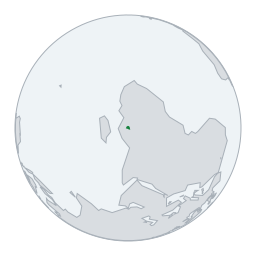 the Earth from above Mangochi, rotated 153°
{"feature_id": "MWI-1910", "entity_name": "Mangochi", "entity_type": "District", "adm_level": 1, "iso_a3": "MWI", "parent_name": "Malawi", "parent_adm1": "", "projection": "orthographic", "projection_center": [35.307, -14.139], "detail": "fine", "context": "on_globe", "style": "filled", "palette": "green", "viewbox_px": 256, "rotation_deg": 153, "n_neighbors": 0, "source": "natural_earth", "source_scale": "10m", "svg_char_len": 5721}
<svg xmlns="http://www.w3.org/2000/svg" viewBox="0 0 256 256"><g transform="rotate(153 128 128)"><circle cx="128" cy="128" r="113" fill="#eef3f6" stroke="#a8b0b8"/><path d="M15.8,118.2L15.9,118.4L15.8,122.4L15.6,125.7L16.0,125.5L16.0,127.4L19.2,126.5L22.3,129.3L23.2,136.0L22.5,145.3L26.5,162.7L26.6,170.9L29.7,178.0L35.1,189.4L34.7,190.4L38.0,194.4L40.4,198.0L41.0,199.3L43.9,202.6L44.5,203.5L46.0,205.0L51.0,210.2L54.3,212.9L59.0,216.9L61.1,218.4L61.4,218.7L62.7,219.7L64.2,220.7L63.5,220.4L57.2,215.6L51.3,210.5L45.7,204.9L40.5,199.0L35.8,192.7L31.5,186.1L27.7,179.2L24.3,172.1L21.5,164.7L19.2,157.2L17.4,149.5L16.2,141.7L15.5,133.9L15.4,126.0L15.8,118.2ZM64.1,220.8L64.6,221.0L61.7,218.8L64.0,220.0L66.1,221.8L64.2,220.8L64.1,220.8ZM58.9,215.8L57.4,214.2L58.1,214.5L59.2,215.7L58.9,215.8ZM147.3,17.0L148.9,17.3L149.4,17.4L153.7,18.5L154.6,19.0L155.5,19.2L155.3,18.9L150.0,17.5L149.5,17.4L151.1,17.7L151.9,17.9L151.2,17.8L159.5,19.8L167.6,22.5L175.4,25.8L183.0,29.7L190.2,34.1L197.2,39.1L203.7,44.6L209.8,50.5L215.4,56.9L220.5,63.7L225.1,70.9L229.1,78.4L230.5,81.6L229.5,81.7L230.1,83.4L228.2,80.2L228.0,82.5L233.3,95.3L234.0,98.4L232.6,102.3L232.1,99.8L227.1,91.3L227.9,98.5L231.7,107.1L233.1,115.6L230.8,111.6L229.3,104.1L227.5,100.8L226.8,94.3L223.0,83.8L220.7,84.2L219.7,80.4L214.2,71.6L210.2,72.1L204.6,79.4L205.7,89.1L203.0,92.7L195.0,77.1L191.6,67.8L188.6,68.1L180.5,59.8L166.2,57.6L164.2,55.3L161.5,56.1L155.8,53.6L152.9,50.1L149.4,50.2L157.2,59.4L161.0,59.6L164.2,56.4L165.7,59.8L171.2,63.4L164.7,70.9L143.6,77.5L141.8,70.3L126.8,52.3L127.4,50.5L127.3,50.3L127.2,49.9L125.6,52.9L123.1,49.8L130.8,61.6L132.1,67.1L143.3,78.0L142.2,79.1L145.9,81.5L158.0,79.3L158.0,81.8L152.2,93.2L135.6,109.5L138.0,121.5L137.0,131.9L127.0,139.1L128.3,147.5L123.2,150.7L123.1,155.6L119.2,161.0L112.5,166.5L100.9,167.5L99.8,162.9L93.5,154.7L84.7,135.2L87.3,125.8L86.1,119.0L77.7,105.5L79.6,97.3L77.4,94.4L72.8,96.0L70.4,92.6L67.6,93.1L51.0,99.7L46.2,96.3L41.1,84.2L44.3,77.8L45.3,71.7L67.7,47.4L72.0,47.2L89.0,42.0L91.1,42.3L88.5,46.5L100.8,50.1L105.5,46.3L117.2,48.5L125.4,48.2L129.3,40.7L115.9,40.9L114.2,37.6L125.4,34.5L137.2,35.1L136.9,33.9L129.9,31.1L133.1,29.1L127.5,30.0L129.4,31.2L126.0,32.0L124.1,31.0L125.3,30.2L121.8,29.8L117.0,34.0L118.4,35.6L109.1,36.9L110.6,39.9L107.9,41.6L104.4,37.2L105.2,35.5L98.3,32.0L96.8,33.8L103.1,37.4L100.9,37.3L98.8,40.3L98.7,37.9L92.2,34.0L84.1,36.4L73.1,45.2L68.6,47.0L65.2,46.7L70.1,39.2L79.6,36.2L81.5,34.0L80.3,32.0L83.3,31.5L84.0,30.5L87.7,29.5L93.6,26.4L97.4,25.6L100.5,22.9L102.8,22.3L100.4,24.0L100.7,24.9L110.3,23.7L112.4,23.1L113.6,21.6L116.1,21.7L116.0,20.4L121.9,19.7L114.7,19.7L115.9,18.5L119.8,17.5L118.9,17.2L112.5,18.9L111.1,19.6L112.0,20.2L107.1,22.9L103.6,23.7L103.9,21.2L99.0,22.3L101.3,20.4L117.2,16.4L123.5,15.8L132.3,16.6L130.5,17.0L126.3,16.8L129.5,17.8L129.5,17.3L131.6,17.6L133.3,16.9L134.9,17.1L133.8,16.4L135.9,16.5L136.5,17.0L140.8,16.7L145.4,17.3L145.6,17.2L144.5,16.9L151.0,18.1L150.9,18.0L148.7,17.5L147.1,17.1L146.7,16.9L147.3,17.0ZM59.5,58.0L58.7,59.7L58.7,59.8L59.5,58.0ZM149.4,40.2L156.6,41.2L153.8,36.7L156.3,36.8L154.4,35.4L153.5,36.4L148.9,32.7L152.2,32.0L151.5,30.4L149.0,30.0L143.8,32.1L150.4,37.1L148.6,38.7L149.4,40.2ZM84.2,26.9L85.2,27.0L83.4,28.2L78.5,30.2L81.1,28.3L84.2,26.9ZM87.0,26.9L88.6,24.5L91.7,23.5L89.7,24.4L91.5,24.0L88.8,25.4L90.2,27.2L88.8,28.5L80.6,30.8L84.1,29.2L82.9,29.1L87.0,26.9ZM90.4,21.8L93.6,20.8L92.3,21.3L87.4,23.0L86.0,23.5L87.1,23.0L87.3,23.0L90.4,21.8ZM93.8,40.6L95.4,40.5L98.0,40.1L96.8,42.1L93.8,40.6ZM89.2,37.9L90.7,37.4L90.2,39.8L88.5,40.0L89.2,37.9ZM92.0,35.4L90.8,37.3L90.5,36.4L92.0,35.4ZM101.8,23.6L103.5,23.2L103.5,23.5L102.4,24.2L101.8,23.6ZM126.8,42.0L124.2,43.4L123.1,42.7L124.2,42.3L126.8,42.0ZM109.6,42.4L113.3,43.1L109.2,42.9L109.6,42.4ZM169.2,194.8L169.8,196.7L168.1,196.6L169.2,194.8ZM156.4,131.1L148.9,149.6L143.5,149.5L142.4,143.8L145.2,132.4L151.4,129.5L154.4,124.7L156.4,131.1ZM238.4,143.1L238.6,144.8L238.5,145.2L238.4,143.1ZM238.3,140.2L238.7,141.6L238.0,141.1L238.3,140.2ZM238.8,142.2L239.2,142.5L239.4,142.2L239.2,143.2L238.8,142.2ZM237.9,139.4L234.7,134.8L233.1,131.7L233.8,130.2L236.3,133.4L237.9,139.4ZM233.6,130.0L230.9,122.2L225.1,103.9L227.2,105.2L232.8,117.7L232.5,119.1L234.2,124.8L233.6,130.0ZM239.3,126.7L238.9,131.3L237.4,128.3L236.6,126.4L236.1,119.5L236.4,116.8L237.2,117.8L238.7,110.9L239.5,114.8L239.4,118.0L239.9,123.3L239.3,126.7ZM206.3,90.1L209.0,96.8L207.3,97.3L206.3,90.1ZM238.2,105.3L238.3,108.3L237.9,103.7L238.2,105.3ZM237.3,100.7L237.8,103.0L237.1,100.2L237.3,100.7ZM231.1,86.3L230.3,85.9L229.8,84.3L230.4,84.0L231.1,86.3ZM140.3,16.0L140.0,16.0L139.7,16.1L142.1,16.5L137.7,15.9L138.1,15.8L140.3,16.0ZM220.7,192.0L221.7,190.5L223.5,187.5L219.5,187.9L219.7,185.3L222.0,182.4L226.9,171.0L227.1,171.7L230.0,164.7L233.7,162.8L237.2,155.0L236.6,157.8L233.7,166.9L230.1,175.6L225.7,184.0L220.7,192.0ZM238.8,146.5L239.4,144.3L239.4,144.9L238.8,146.5ZM240.4,134.6L240.5,134.4L240.4,134.6ZM240.6,125.3L240.2,125.1L240.3,128.6L240.6,128.2L240.3,129.8L240.2,135.9L240.0,137.4L240.2,130.9L239.7,136.2L239.5,135.4L239.8,130.2L240.1,125.1L240.3,123.4L240.6,125.1L240.6,125.3ZM239.6,112.4L239.6,112.7L239.4,111.5L239.6,112.4ZM238.9,108.1L238.8,107.7L238.9,108.1ZM238.5,105.9L238.6,106.6L238.0,103.9L238.1,104.3L238.5,105.9ZM237.4,101.1L237.0,99.7L235.0,92.7L237.4,101.1Z" fill="#d9dde1" stroke="#a8b0b8" stroke-width="1"/><path d="M127.2,126.8L127.4,127.0L127.6,127.1L127.7,127.3L127.9,127.6L128.1,127.8L128.3,128.0L128.6,128.5L128.8,128.7L128.8,128.8L128.7,128.9L128.4,129.0L128.5,129.0L128.4,129.1L128.2,129.2L127.9,129.1L127.4,129.2L127.0,128.8L127.0,128.7L126.9,128.5L126.9,128.3L126.9,128.2L126.9,127.9L127.2,126.8Z" fill="#22c55e" stroke="#15803d" stroke-width="1.5"/></g></svg>